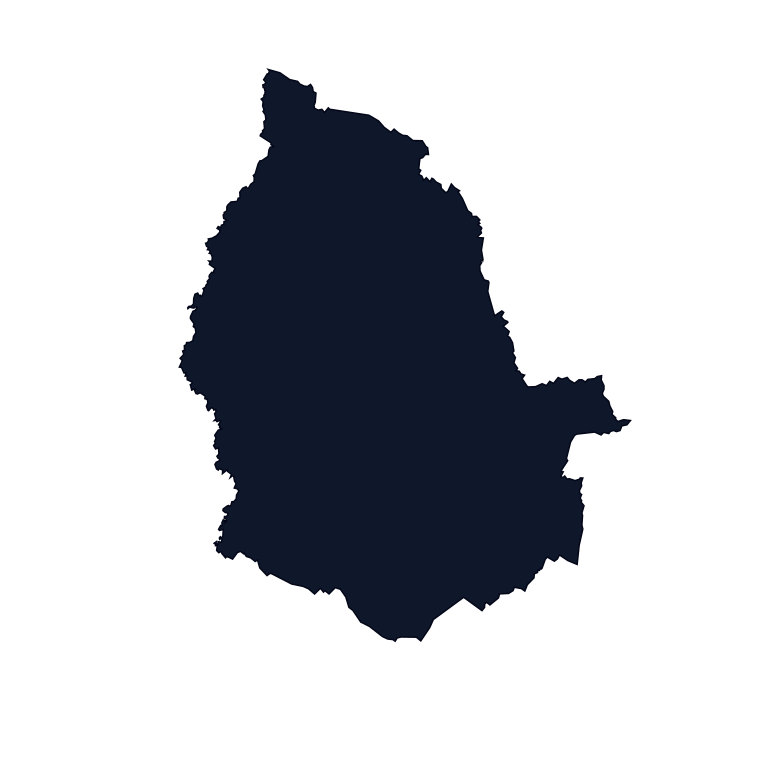 outline of Na Chueak, Maha Sarakham, Thailand, rotated 30°
{"feature_id": "78962969B25056088384612", "entity_name": "Na Chueak", "entity_type": "district", "adm_level": 2, "iso_a3": "THA", "parent_name": "Thailand", "parent_adm1": "Maha Sarakham", "projection": "natural_earth1", "projection_center": [102.998, 15.808], "detail": "fine", "context": "isolated", "style": "filled", "palette": "ink", "viewbox_px": 768, "rotation_deg": 30, "n_neighbors": 0, "source": "geoboundaries", "source_scale": "gbopen_adm2", "svg_char_len": 6170}
<svg xmlns="http://www.w3.org/2000/svg" viewBox="0 0 768 768"><g transform="rotate(30 384 384)"><path d="M199.6,173.2L197.7,172.7L196.7,178.6L192.9,177.2L190.0,179.7L186.2,180.0L184.1,177.9L183.6,174.4L179.6,166.0L176.5,166.2L173.8,162.9L170.6,161.3L168.9,164.7L165.8,165.9L161.1,166.3L157.9,165.1L150.1,167.5L138.3,166.5L126.5,169.5L128.3,170.2L128.9,173.5L127.8,173.8L127.6,180.7L130.8,181.8L130.8,184.0L129.5,185.5L131.1,187.7L132.4,187.4L134.1,189.6L135.1,189.2L135.3,191.7L136.4,192.3L135.6,193.8L136.6,195.8L135.2,198.7L138.1,199.8L139.8,203.8L143.1,206.7L142.9,208.4L146.7,210.3L149.6,214.3L148.8,216.9L152.8,222.5L152.2,225.5L153.3,226.4L152.3,229.5L152.7,231.0L165.7,231.6L166.4,233.2L169.7,233.5L167.1,235.8L167.3,238.8L169.8,244.8L166.3,252.0L165.0,252.7L164.9,256.2L167.4,266.5L166.6,268.8L168.4,270.1L170.3,273.8L168.7,277.7L168.7,282.1L167.2,282.8L165.9,282.1L163.7,285.2L163.2,290.0L166.1,294.5L164.8,296.1L165.6,299.2L160.4,302.9L159.2,307.2L159.3,309.1L161.3,312.6L159.8,315.4L160.6,316.2L160.2,318.0L162.4,320.8L165.6,320.6L165.8,321.4L164.2,323.3L165.5,326.0L163.8,327.7L164.3,330.3L161.7,330.5L161.6,332.7L164.7,332.8L165.9,334.4L164.8,339.4L162.2,343.7L159.3,346.2L160.3,347.1L160.3,350.1L159.1,351.3L161.4,353.4L163.8,353.7L163.9,356.0L165.6,355.4L167.3,356.3L167.3,358.2L169.0,357.7L171.8,359.9L173.6,363.7L170.8,365.1L172.5,365.6L172.9,367.7L180.1,368.4L180.0,371.5L180.9,372.8L179.0,373.4L178.4,377.1L178.9,378.7L180.3,379.3L179.6,383.6L181.1,384.9L180.4,387.2L181.0,389.0L179.6,392.0L181.2,392.6L182.5,398.4L181.8,399.8L180.8,398.9L179.5,399.9L177.2,398.4L175.4,400.7L176.4,405.0L179.0,410.0L178.3,412.7L176.0,414.6L176.0,416.3L176.5,416.8L177.2,414.7L181.3,413.4L182.4,411.2L184.0,411.5L183.5,415.0L182.2,416.4L182.7,422.4L183.7,424.2L189.4,426.8L190.1,429.6L192.7,430.1L195.5,433.7L195.2,437.9L196.8,442.2L194.8,445.3L192.3,446.8L193.0,449.0L191.9,450.6L194.3,454.5L193.1,456.1L195.8,458.5L194.6,463.7L197.7,464.7L198.3,471.7L200.4,470.9L205.3,474.5L207.2,473.5L207.9,476.6L209.4,475.4L211.4,478.7L217.1,478.3L217.3,480.5L216.5,481.3L220.5,485.4L222.9,482.7L223.5,484.5L225.9,486.3L227.5,485.9L229.2,483.5L235.2,483.9L236.2,486.3L238.7,485.7L240.8,488.2L241.4,492.2L244.8,494.9L245.5,494.8L246.2,490.9L248.2,490.6L249.6,491.7L251.0,490.1L252.3,492.0L252.2,494.6L255.9,498.0L255.3,500.5L256.6,499.4L258.2,500.1L259.7,498.0L261.2,497.9L261.0,502.0L262.8,502.5L263.4,504.0L265.9,504.0L263.5,506.9L263.0,513.0L265.7,515.0L266.0,518.5L267.5,519.4L267.2,522.5L270.6,524.5L272.6,522.1L276.1,527.3L275.4,530.1L277.2,531.2L278.2,530.7L280.0,532.5L277.8,535.7L277.8,538.2L281.5,541.3L283.5,541.4L283.4,539.7L287.4,539.2L288.9,542.4L291.1,536.7L292.3,537.9L297.1,538.5L297.6,541.9L298.6,539.4L299.8,539.0L303.3,543.0L305.7,544.1L306.3,549.0L309.5,548.1L311.8,549.3L311.8,553.9L313.4,557.3L312.9,560.6L311.1,562.1L312.1,565.6L311.3,567.2L310.2,566.9L309.1,568.2L307.2,572.6L307.8,574.2L310.9,574.7L312.7,573.8L314.3,575.4L313.6,577.7L312.1,578.5L312.9,580.3L314.4,579.5L316.4,581.7L315.5,583.6L315.0,581.7L312.7,582.1L313.0,585.3L314.7,587.5L313.3,588.2L313.4,592.6L314.8,593.1L317.5,590.3L320.6,596.5L320.5,598.4L318.6,598.1L318.4,599.7L319.4,600.7L320.0,599.4L321.4,599.4L322.3,602.4L319.1,603.5L320.4,605.6L318.4,606.3L317.6,604.5L316.5,606.9L318.5,607.2L318.9,608.3L320.5,607.5L322.3,611.9L325.3,612.7L326.6,610.7L327.7,610.8L328.2,611.8L333.7,613.8L334.0,612.4L335.6,611.7L340.4,611.4L341.3,603.4L343.3,600.7L347.5,601.2L347.5,600.3L351.0,602.2L355.4,601.2L361.2,602.1L362.5,599.7L368.4,605.4L378.5,608.4L379.9,605.2L381.2,604.5L404.0,603.4L415.2,599.7L421.1,599.1L428.9,600.6L431.1,592.7L435.7,594.5L436.1,592.5L441.4,593.3L443.6,584.7L449.0,583.6L457.5,587.6L465.3,595.0L470.2,595.6L482.9,601.8L492.6,601.2L508.9,603.5L514.7,603.0L519.5,600.9L522.3,601.2L522.4,597.3L525.4,594.5L538.6,587.1L544.3,588.1L545.4,572.2L544.5,563.3L559.6,528.9L582.2,531.3L582.8,527.2L581.3,524.4L581.9,521.7L586.2,522.4L590.1,512.0L589.0,508.0L596.6,503.1L599.1,498.4L598.5,494.9L605.2,492.5L609.5,492.9L608.5,486.2L610.8,476.9L609.1,473.2L611.2,470.5L610.3,468.6L611.8,467.7L611.5,465.4L612.6,465.7L613.0,464.6L611.3,455.2L612.0,452.2L620.1,452.3L621.6,449.0L621.4,444.3L631.5,445.0L641.5,443.7L633.7,426.2L628.7,410.2L625.9,407.2L621.7,398.6L619.9,396.8L618.1,389.4L613.8,387.8L613.6,386.3L611.0,384.8L610.4,380.9L608.6,380.8L606.6,378.9L606.1,373.4L604.2,371.0L603.2,366.0L600.9,367.2L600.9,368.7L597.8,372.1L592.0,373.3L589.9,374.8L586.5,373.3L585.9,375.2L583.4,376.2L583.1,370.5L581.6,371.3L580.8,369.4L581.4,358.6L579.3,357.4L574.6,341.0L574.7,333.3L575.9,331.1L590.5,320.3L597.5,319.6L598.4,316.1L603.5,314.5L603.8,311.9L606.0,309.5L609.1,309.0L611.7,306.3L610.9,301.4L614.8,297.9L615.7,292.4L609.3,295.1L605.3,299.5L602.1,298.7L601.6,297.4L596.6,296.3L595.9,293.5L590.6,290.1L587.3,286.6L580.0,284.9L577.7,282.9L577.2,278.7L575.4,275.5L570.1,271.9L568.3,268.0L565.0,270.9L563.8,274.0L558.2,278.1L557.4,281.6L553.6,281.3L550.8,282.8L548.6,288.1L542.8,288.0L539.4,286.7L535.6,290.9L531.6,291.3L530.5,298.7L526.2,298.8L525.5,304.1L520.8,304.7L516.6,310.5L510.5,314.4L508.9,314.3L500.9,310.3L501.3,306.0L497.7,306.8L494.5,305.3L491.8,306.6L491.8,303.6L485.9,300.7L484.6,295.4L479.6,292.7L480.0,290.5L474.7,284.0L469.6,280.8L467.0,280.7L466.2,276.0L458.4,274.3L460.5,268.8L459.8,268.1L455.9,268.5L451.9,267.2L451.9,262.1L449.5,261.8L445.6,269.6L427.6,252.0L424.1,243.6L422.9,242.7L418.6,243.7L410.7,238.1L407.8,233.8L407.9,230.1L406.2,229.6L406.9,227.8L407.9,228.0L407.5,226.7L401.4,219.3L397.0,207.8L392.2,210.2L391.3,209.7L392.9,204.5L390.8,202.6L390.9,200.5L390.1,199.7L385.7,199.1L386.7,197.0L384.6,196.4L385.0,194.0L380.3,192.6L376.4,194.9L374.5,192.5L369.8,192.0L359.2,184.2L351.9,180.4L352.8,178.9L346.7,178.6L342.3,177.1L343.0,185.5L341.7,187.4L335.8,185.9L333.5,182.8L328.0,183.0L324.3,181.8L322.6,181.9L322.7,185.8L317.5,184.2L316.6,187.7L312.7,185.0L309.1,185.1L309.0,180.6L306.5,180.3L302.4,170.9L304.3,168.6L305.0,164.5L307.8,163.0L303.6,157.5L301.6,157.4L295.5,154.2L287.3,158.7L279.8,157.5L275.8,159.3L271.0,159.3L265.3,158.2L264.1,162.6L255.7,161.6L247.9,158.9L236.5,158.8L199.6,173.2Z" fill="#0f172a" stroke="#020617" stroke-width="1.5"/></g></svg>